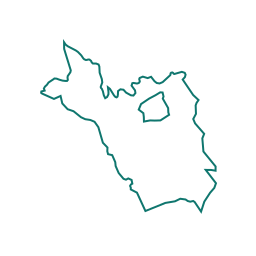 the County of Vas, rotated 77°
{"feature_id": "HUN-3138", "entity_name": "Vas", "entity_type": "County", "adm_level": 1, "iso_a3": "HUN", "parent_name": "Hungary", "parent_adm1": "", "projection": "robinson", "projection_center": [16.563, 47.075], "detail": "fine", "context": "isolated", "style": "outline", "palette": "teal", "viewbox_px": 256, "rotation_deg": 77, "n_neighbors": 0, "source": "natural_earth", "source_scale": "10m", "svg_char_len": 2158}
<svg xmlns="http://www.w3.org/2000/svg" viewBox="0 0 256 256"><g transform="rotate(77 128 128)"><path d="M93.1,63.8L110.5,57.1L116.6,53.0L117.0,53.4L118.9,55.5L121.2,57.0L129.5,58.6L133.9,62.4L138.6,61.6L150.8,55.1L154.8,57.9L167.9,59.8L185.2,51.3L189.3,52.3L187.6,56.4L186.3,61.7L201.6,54.7L205.8,57.4L209.6,62.6L216.9,70.2L225.9,75.6L215.1,79.7L213.8,80.9L213.8,83.9L212.6,86.2L210.6,88.0L208.7,93.0L210.0,98.7L209.4,108.5L212.8,129.7L193.0,133.8L188.5,139.1L186.7,138.7L184.9,139.0L183.7,137.9L183.2,136.3L179.4,136.2L177.2,139.1L177.9,141.6L176.5,143.8L169.8,147.2L162.3,148.6L158.4,148.1L150.9,149.5L149.0,153.3L146.0,153.4L142.4,152.4L136.7,155.8L120.5,156.7L114.4,159.2L111.7,162.9L109.8,167.7L106.9,171.4L99.4,177.3L96.1,182.6L89.3,186.5L81.6,186.5L83.0,193.6L75.2,203.9L74.3,204.7L74.1,204.7L72.9,204.2L72.8,200.8L70.6,201.1L69.0,199.6L67.7,197.3L65.8,195.2L63.6,189.4L63.2,188.6L63.4,187.9L63.9,186.4L65.3,184.3L65.9,183.3L67.1,181.1L68.0,178.6L68.4,176.8L67.6,175.8L65.3,175.6L63.8,175.0L63.1,174.2L60.7,171.6L59.0,170.8L44.0,171.9L36.8,172.4L36.0,172.3L30.1,171.0L32.7,170.0L34.8,168.3L40.7,161.4L42.6,159.7L46.7,157.2L50.1,155.9L51.2,155.2L52.3,153.7L52.4,152.5L52.3,151.4L52.7,150.1L54.3,148.9L55.9,148.6L57.3,147.7L58.0,144.6L59.5,142.4L61.7,142.1L67.8,143.2L74.4,142.5L77.8,142.8L80.6,144.6L81.5,145.2L82.3,145.4L83.1,145.2L83.8,144.7L86.5,144.2L90.7,144.2L93.8,143.5L93.1,141.4L90.8,139.5L88.4,138.9L83.8,138.4L85.8,136.8L93.1,134.3L94.9,133.3L95.6,132.2L95.0,131.1L93.1,130.3L89.8,129.4L88.6,126.7L89.7,123.8L93.1,121.9L96.8,117.8L97.6,115.4L95.6,112.9L92.9,112.7L87.5,115.0L85.3,113.7L85.3,112.6L86.7,109.2L86.6,107.4L85.5,106.1L84.2,106.0L82.9,106.1L81.9,105.4L81.3,102.0L83.8,97.6L83.3,94.0L88.3,91.7L90.6,89.9L91.7,87.2L91.1,83.9L86.1,75.1L85.7,74.7L85.0,74.5L84.2,74.1L83.8,73.4L83.9,72.2L84.6,71.6L85.4,71.3L85.8,70.7L85.4,62.9L87.0,60.3L89.0,59.9L91.2,61.1L93.1,63.8ZM121.8,85.2L117.6,84.4L107.2,87.5L105.3,86.3L101.2,86.3L100.5,88.6L102.2,93.7L104.1,100.8L107.6,109.9L112.5,113.4L117.0,109.7L120.8,110.1L125.3,111.0L125.6,104.7L126.8,100.2L127.9,94.7L124.4,85.0L121.8,85.2Z" fill="none" stroke="#0f766e" stroke-width="2"/></g></svg>